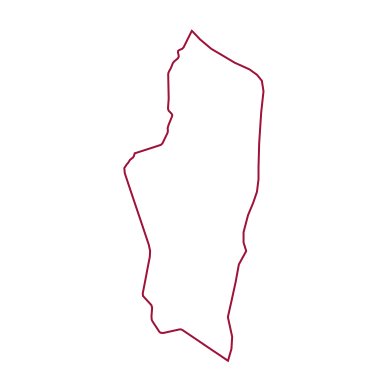 map outline of Ghat (Equal Earth projection), rotated 12°
{"feature_id": "LBY-2968", "entity_name": "Ghat", "entity_type": "Municipality", "adm_level": 1, "iso_a3": "LBY", "parent_name": "Libya", "parent_adm1": "", "projection": "equal_earth", "projection_center": [10.299, 26.072], "detail": "fine", "context": "isolated", "style": "outline", "palette": "rose", "viewbox_px": 384, "rotation_deg": 12, "n_neighbors": 0, "source": "natural_earth", "source_scale": "10m", "svg_char_len": 1208}
<svg xmlns="http://www.w3.org/2000/svg" viewBox="0 0 384 384"><g transform="rotate(12 192 192)"><path d="M190.5,336.2L189.2,335.6L180.3,326.8L179.1,325.2L178.2,322.0L177.1,313.6L175.8,311.1L165.7,303.9L164.9,301.4L164.7,288.9L164.4,276.0L164.2,264.1L163.3,258.4L160.7,252.6L150.4,235.1L142.1,221.1L131.8,203.7L122.4,187.7L120.8,182.7L122.5,178.4L123.4,176.9L124.7,173.4L127.0,170.7L127.6,169.4L127.8,167.9L127.9,166.1L151.7,152.4L153.0,150.6L155.8,139.1L155.7,137.1L154.9,134.6L155.1,131.5L156.8,121.9L156.6,120.6L155.5,119.5L152.5,117.5L151.8,116.7L151.1,115.0L149.8,105.6L144.2,81.6L144.2,80.1L144.5,78.7L145.6,75.1L146.5,69.8L147.5,67.9L150.4,64.2L150.9,62.4L150.3,60.6L149.3,58.6L149.1,56.7L150.7,55.3L152.6,54.0L153.7,52.3L158.3,34.4L158.6,34.5L168.2,41.1L181.2,48.0L194.1,52.3L207.0,56.7L222.7,60.1L231.3,63.9L237.2,68.7L241.0,78.6L243.1,99.5L244.9,112.0L247.6,130.5L251.9,153.9L254.4,165.6L255.5,178.3L254.1,189.8L251.6,203.2L250.8,220.6L252.9,230.6L257.3,238.5L252.9,253.1L253.4,271.0L253.3,289.8L253.1,306.9L261.4,325.3L263.2,337.2L262.3,349.6L240.7,340.9L224.5,334.3L211.6,329.1L210.1,328.7L208.6,328.9L201.1,332.3L193.2,335.9L190.5,336.2Z" fill="none" stroke="#9f1239" stroke-width="2"/></g></svg>